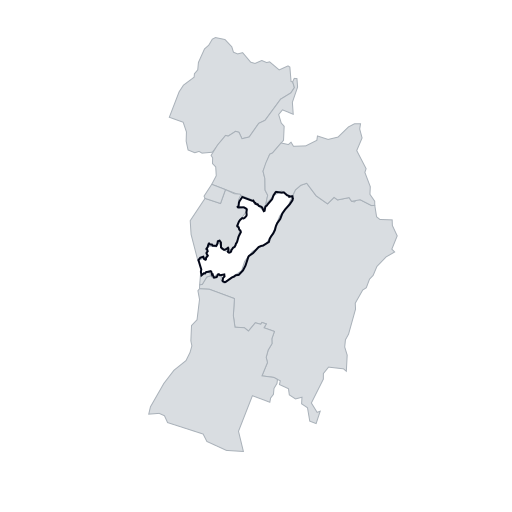 Republic of the Congo highlighted, Equal Earth projection, rotated 20°
{"feature_id": "COG", "entity_name": "Republic of the Congo", "entity_type": "country or territory", "adm_level": 0, "iso_a3": "COG", "parent_name": "Africa", "parent_adm1": "", "projection": "equal_earth", "projection_center": [14.374, -0.658], "detail": "medium", "context": "with_neighbors", "style": "outline", "palette": "ink", "viewbox_px": 512, "rotation_deg": 20, "n_neighbors": 7, "source": "natural_earth", "source_scale": "50m", "svg_char_len": 6016}
<svg xmlns="http://www.w3.org/2000/svg" viewBox="0 0 512 512"><g transform="rotate(20 256 256)"><path d="M367.7,271.9L369.7,297.8L368.7,304.2L370.5,311.2L375.6,318.0L380.3,333.4L376.8,332.1L362.2,335.6L359.5,343.4L361.4,348.7L358.3,375.2L366.9,382.0L369.4,379.9L369.8,392.9L363.0,392.8L356.3,381.0L349.4,379.3L347.5,373.0L342.0,376.8L334.8,375.1L331.9,369.6L322.0,368.8L321.5,365.0L314.3,364.0L302.6,366.6L303.2,352.2L300.2,347.7L299.6,340.3L301.0,332.9L299.2,328.3L299.1,320.6L288.1,320.7L288.9,316.3L284.3,316.4L283.8,318.5L278.2,319.0L274.6,329.1L269.6,327.4L260.6,330.1L255.1,319.8L250.3,303.4L223.6,303.2L214.1,306.1L212.9,302.3L215.2,301.1L216.9,292.6L220.2,290.0L222.6,291.3L225.7,286.6L230.6,286.7L231.2,290.2L234.6,292.4L247.5,274.8L247.2,264.8L251.1,252.9L261.2,240.8L262.3,236.9L264.0,228.2L264.6,210.4L269.1,196.3L270.4,180.4L273.9,174.2L278.8,170.3L292.0,178.9L305.4,182.5L309.3,174.2L313.5,175.4L323.5,169.3L327.1,171.9L330.0,171.5L331.3,168.6L334.7,167.5L347.3,169.1L350.3,167.8L355.9,177.9L359.9,179.3L371.6,175.5L373.7,180.7L381.8,188.8L381.3,203.1L384.9,204.8L378.6,212.3L373.2,224.4L372.7,234.2L370.6,238.9L370.5,248.1L367.9,251.5L365.4,266.4L367.7,271.9Z" fill="#d9dde1" stroke="#a8b0b8" stroke-width="1"/><path d="M127.1,155.3L127.6,128.0L129.4,120.3L136.7,109.1L135.8,105.8L137.6,101.0L135.7,93.8L136.8,79.0L139.5,74.1L140.8,67.2L143.2,64.6L152.8,63.2L161.7,67.7L165.1,72.2L169.6,72.4L173.9,69.5L184.7,75.7L189.2,75.4L194.6,70.3L199.8,70.6L202.4,68.9L214.1,73.2L221.1,66.4L223.2,66.9L229.3,80.1L230.9,79.8L234.5,84.6L233.0,90.8L225.5,100.2L218.1,125.4L213.2,130.4L208.9,146.5L202.7,150.6L197.7,145.6L194.2,145.8L188.8,152.9L186.2,153.1L179.5,173.4L170.1,177.8L166.7,177.2L163.2,179.9L155.9,179.6L151.1,172.0L148.2,163.2L141.8,155.2L127.1,155.3Z" fill="#d9dde1" stroke="#a8b0b8" stroke-width="1"/><path d="M233.8,75.3L237.3,83.0L237.6,99.1L242.5,110.1L230.9,109.6L228.9,115.3L234.2,122.4L238.1,124.5L242.3,137.9L236.3,153.5L234.1,155.7L233.6,173.9L237.9,180.3L242.0,191.0L246.2,194.9L247.5,204.0L246.9,210.6L232.3,204.5L189.9,203.8L191.2,194.2L187.7,186.1L183.5,184.0L181.7,178.6L179.4,176.8L181.9,164.8L186.2,153.1L188.8,152.9L194.2,145.8L197.7,145.6L202.7,150.6L208.9,146.5L213.2,130.4L218.1,125.4L225.5,100.2L233.0,90.8L234.5,84.6L230.9,79.8L231.2,76.0L233.8,75.3Z" fill="#d9dde1" stroke="#a8b0b8" stroke-width="1"/><path d="M350.3,167.8L347.3,169.1L334.7,167.5L327.1,171.9L323.5,169.3L313.5,175.4L309.3,174.2L305.4,182.5L292.0,178.9L278.8,170.3L273.9,174.2L270.4,180.4L269.6,188.9L257.7,186.2L252.3,192.6L247.5,204.0L246.2,194.9L242.0,191.0L237.9,180.3L233.6,173.9L233.4,165.1L234.1,155.7L236.3,153.5L240.9,141.2L248.3,140.2L250.0,137.1L253.7,140.1L265.1,135.5L273.6,126.5L272.7,122.2L283.9,121.8L292.4,116.2L298.8,103.0L303.3,98.1L309.0,96.0L310.0,101.2L315.3,108.8L314.6,122.5L329.6,136.3L329.7,140.2L339.7,151.8L342.0,159.1L348.8,163.9L350.3,167.8Z" fill="#d9dde1" stroke="#a8b0b8" stroke-width="1"/><path d="M204.6,204.1L214.4,204.9L219.8,203.3L220.9,204.0L220.3,209.3L222.8,215.6L229.5,214.6L231.8,217.1L227.9,231.2L232.2,238.4L233.1,248.0L232.0,256.1L229.2,261.9L221.2,261.3L216.4,255.5L215.7,260.9L209.5,262.4L206.4,265.5L209.9,273.5L203.0,280.3L187.6,257.9L182.1,245.3L188.4,219.3L204.7,218.8L204.6,204.1Z" fill="#d9dde1" stroke="#a8b0b8" stroke-width="1"/><path d="M189.9,203.8L204.6,204.1L204.7,218.8L188.4,219.3L186.7,217.5L189.9,203.8Z" fill="#d9dde1" stroke="#a8b0b8" stroke-width="1"/><path d="M220.2,290.0L216.9,292.6L215.2,301.1L212.9,302.3L210.4,293.2L216.8,285.9L220.2,290.0ZM214.1,306.1L223.6,303.2L250.3,303.4L255.1,319.8L260.6,330.1L269.6,327.4L274.6,329.1L278.2,319.0L283.8,318.5L284.3,316.4L288.9,316.3L288.1,320.7L299.1,320.6L299.2,328.3L301.0,332.9L299.6,340.3L300.2,347.7L303.2,352.2L302.6,366.6L314.3,364.0L318.4,364.7L319.3,368.5L318.2,374.3L319.7,380.0L318.3,384.5L319.0,388.7L300.4,388.5L299.5,426.7L311.0,444.0L294.7,448.8L273.3,447.1L267.2,441.4L229.9,442.8L224.6,437.4L218.8,437.0L209.3,441.3L208.4,433.8L213.0,407.2L218.0,391.4L226.0,378.2L227.0,369.2L226.5,362.4L223.8,358.0L219.2,343.4L222.4,336.1L217.8,316.2L213.3,308.5L214.1,306.1Z" fill="#d9dde1" stroke="#a8b0b8" stroke-width="1"/><path d="M203.3,279.5L204.2,276.7L206.7,274.7L208.3,276.6L209.8,276.8L210.1,276.4L209.7,274.8L210.6,272.2L208.6,270.5L208.4,269.9L209.0,268.1L207.9,266.6L207.0,266.3L207.5,264.3L207.3,261.0L207.6,260.3L208.7,260.9L210.7,260.3L211.7,261.1L215.2,260.1L215.5,257.5L215.1,255.2L216.5,254.0L218.4,255.3L220.2,259.9L223.5,261.1L224.4,260.9L225.8,259.5L226.9,257.8L227.3,258.1L228.2,260.1L228.0,261.4L228.3,261.8L229.2,262.1L230.1,261.8L231.1,260.4L230.8,258.8L231.1,258.3L231.6,256.1L232.8,254.8L233.1,252.6L232.9,251.1L233.3,250.3L233.4,248.9L233.0,243.6L233.6,238.7L232.6,237.4L231.2,236.9L229.9,235.0L228.4,234.6L228.0,234.2L228.2,229.4L228.8,227.4L230.1,225.1L231.4,225.0L232.2,224.1L233.2,221.8L233.2,220.7L232.0,218.0L231.5,215.5L230.9,214.9L227.9,214.4L222.7,216.5L222.2,216.4L221.9,216.1L222.5,215.0L221.7,211.6L221.8,209.8L222.9,205.3L233.7,205.4L234.5,204.8L236.2,206.3L237.2,206.3L237.5,207.1L239.3,207.2L239.8,206.8L241.4,207.9L243.8,207.9L245.1,208.3L248.0,211.2L248.6,210.6L248.0,207.0L248.1,206.0L249.0,204.8L249.1,204.0L251.7,197.1L251.7,193.0L252.6,189.4L252.9,188.9L258.5,187.7L260.4,186.7L264.4,188.3L266.5,188.3L267.0,189.0L268.4,188.0L269.8,187.4L270.0,187.7L270.5,188.8L271.0,189.2L271.2,191.3L270.0,196.0L267.5,202.2L266.2,207.1L266.1,212.9L264.7,218.0L264.5,221.2L264.9,225.1L264.5,228.8L263.5,232.3L263.0,235.1L263.3,238.4L259.0,243.9L257.5,244.7L255.4,246.7L252.3,254.2L249.4,258.3L249.1,259.5L249.4,268.7L248.7,274.0L246.2,279.7L243.8,280.9L243.1,281.6L242.7,282.6L240.8,284.3L236.3,290.8L235.7,291.3L233.5,291.1L233.0,290.7L232.6,287.7L233.4,286.0L232.5,284.2L228.8,286.4L227.3,285.8L226.7,286.1L226.2,289.3L224.0,290.7L222.2,289.1L221.5,287.9L221.0,287.9L220.9,288.3L219.2,285.9L218.4,285.8L217.0,287.0L214.7,288.1L214.0,289.9L213.0,290.0L211.4,292.8L209.6,289.7L209.2,287.4L203.3,279.5Z" fill="none" stroke="#020617" stroke-width="2"/></g></svg>